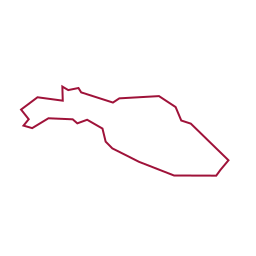 Vevchani, Vevčani, North Macedonia, rotated 205°
{"feature_id": "65306769B55321164164480", "entity_name": "Vevchani", "entity_type": "district", "adm_level": 2, "iso_a3": "MKD", "parent_name": "North Macedonia", "parent_adm1": "Vevčani", "projection": "mercator", "projection_center": [20.592, 41.244], "detail": "fine", "context": "isolated", "style": "outline", "palette": "rose", "viewbox_px": 256, "rotation_deg": 205, "n_neighbors": 0, "source": "geoboundaries", "source_scale": "gbopen_adm2", "svg_char_len": 502}
<svg xmlns="http://www.w3.org/2000/svg" viewBox="0 0 256 256"><g transform="rotate(205 128 128)"><path d="M23.3,141.2L72.9,158.5L82.9,157.3L93.7,167.1L113.4,170.0L148.4,151.2L152.4,144.7L185.5,140.5L189.8,143.3L198.2,137.1L205.0,137.8L198.7,125.2L223.0,117.6L232.7,99.5L221.7,94.0L223.7,86.0L214.8,87.4L204.2,103.2L181.8,112.5L175.9,110.8L168.5,118.2L150.9,116.7L142.5,106.2L133.6,102.9L103.6,102.0L66.2,104.4L27.9,122.1L26.5,129.2L23.3,141.2Z" fill="none" stroke="#9f1239" stroke-width="2"/></g></svg>